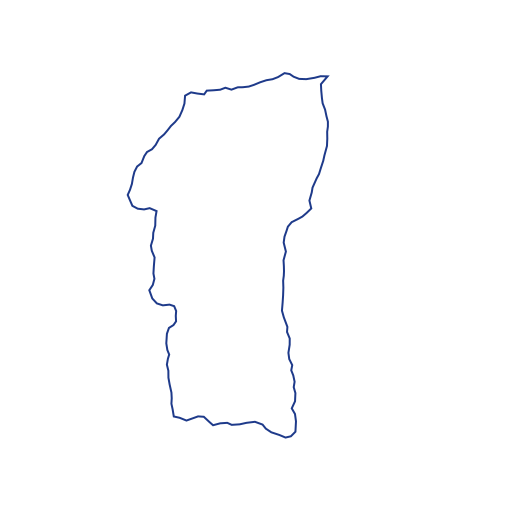 the district of Guaimbê, São Paulo, Brazil, rotated 151°
{"feature_id": "56859067B16613468230330", "entity_name": "Guaimbê", "entity_type": "district", "adm_level": 2, "iso_a3": "BRA", "parent_name": "Brazil", "parent_adm1": "São Paulo", "projection": "albers", "projection_center": [-49.859, -21.865], "detail": "fine", "context": "isolated", "style": "outline", "palette": "blue", "viewbox_px": 512, "rotation_deg": 151, "n_neighbors": 0, "source": "geoboundaries", "source_scale": "gbopen_adm2", "svg_char_len": 2103}
<svg xmlns="http://www.w3.org/2000/svg" viewBox="0 0 512 512"><g transform="rotate(151 256 256)"><path d="M405.7,155.5L401.2,151.5L396.6,145.8L389.4,144.6L384.4,143.8L379.6,140.7L377.2,133.3L375.6,128.8L368.4,127.0L362.0,124.0L359.1,120.1L351.9,116.7L345.2,114.7L337.3,111.5L332.0,105.4L331.1,100.2L328.1,94.4L322.3,88.1L318.2,82.9L312.9,81.4L306.7,83.2L301.2,92.0L298.5,98.9L298.6,105.4L292.3,110.0L288.0,117.0L286.6,123.0L283.2,127.3L281.3,133.5L280.6,138.9L277.2,143.0L276.9,149.7L274.6,155.6L269.6,162.0L266.5,167.5L265.7,174.5L262.9,178.8L261.4,188.9L259.8,195.6L255.2,202.5L251.4,208.4L247.5,214.9L244.2,221.3L241.3,225.2L238.9,229.1L236.6,233.5L234.0,238.9L227.7,245.4L225.3,254.3L221.7,259.1L217.2,263.1L213.9,266.2L208.4,268.3L200.7,268.0L196.3,268.0L190.9,269.1L184.6,270.8L182.4,278.6L176.5,284.5L173.4,288.4L165.3,294.5L161.2,297.1L156.5,301.6L151.0,306.7L147.4,310.8L140.6,317.8L136.8,324.0L133.5,330.2L130.4,334.3L128.0,338.6L126.6,344.1L124.6,350.6L123.7,357.2L121.8,362.1L118.8,368.9L115.9,374.8L106.3,378.4L112.3,381.9L118.5,383.5L126.3,386.3L132.4,390.0L136.2,394.6L138.3,398.8L142.4,402.1L150.0,401.8L155.8,402.6L161.7,404.7L168.0,405.9L175.0,406.7L180.2,407.7L185.7,410.0L190.2,412.4L196.8,413.4L201.2,418.0L206.7,418.8L212.5,421.4L218.9,424.5L223.0,422.5L228.5,426.5L233.5,430.6L240.3,430.6L244.7,424.0L249.7,419.3L255.5,414.9L261.9,412.4L267.3,411.0L272.7,408.7L277.5,406.9L283.9,405.6L289.9,401.8L295.2,399.8L300.9,399.8L305.2,397.6L311.1,392.8L316.6,391.9L321.5,388.6L325.6,384.2L329.6,379.2L334.1,375.0L338.6,371.6L339.2,365.9L339.8,359.8L336.5,354.7L331.3,351.0L325.8,349.4L321.2,343.5L325.3,338.4L329.4,331.4L334.6,326.1L337.7,321.1L342.9,316.0L344.6,311.1L345.4,303.9L350.4,296.4L354.2,290.4L355.9,285.3L360.3,280.7L365.9,277.8L367.3,269.1L365.7,262.6L361.4,258.0L355.2,255.4L351.9,251.8L352.5,246.6L355.2,242.5L357.6,237.6L361.7,235.6L367.0,235.3L371.6,231.2L376.8,223.1L379.1,216.8L379.7,211.9L382.9,208.8L386.6,204.2L388.3,198.1L391.6,192.0L393.8,185.6L396.2,177.5L398.7,172.4L401.6,167.8L403.3,162.2L405.7,155.5Z" fill="none" stroke="#1e3a8a" stroke-width="2"/></g></svg>